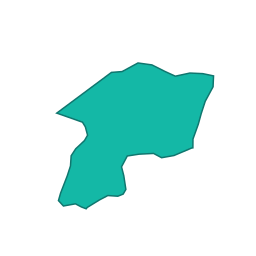 Vingåker, Södermanland, Sweden, rotated 322°
{"feature_id": "70781695B34612539381669", "entity_name": "Vingåker", "entity_type": "district", "adm_level": 2, "iso_a3": "SWE", "parent_name": "Sweden", "parent_adm1": "Södermanland", "projection": "robinson", "projection_center": [15.877, 59.087], "detail": "fine", "context": "isolated", "style": "filled", "palette": "teal", "viewbox_px": 256, "rotation_deg": 322, "n_neighbors": 0, "source": "geoboundaries", "source_scale": "gbopen_adm2", "svg_char_len": 682}
<svg xmlns="http://www.w3.org/2000/svg" viewBox="0 0 256 256"><g transform="rotate(322 128 128)"><path d="M166.9,183.6L172.4,176.7L185.7,168.3L194.6,161.7L205.3,154.5L220.4,147.9L227.5,139.6L220.4,131.2L210.6,122.8L197.2,116.3L191.9,106.1L185.7,93.0L175.9,82.9L158.1,79.9L149.2,74.0L81.0,72.4L95.7,95.4L95.1,100.8L91.7,108.8L86.0,111.1L74.0,112.2L66.1,114.9L59.3,122.5L50.7,128.3L34.8,137.8L28.5,142.4L29.1,149.7L39.9,155.4L42.7,161.6L45.3,165.9L47.0,165.5L61.2,167.1L70.5,168.8L78.0,175.5L83.5,177.1L88.5,175.1L95.3,163.0L99.0,154.6L110.2,149.6L120.7,155.5L132.5,163.8L136.2,172.1L147.3,178.0L165.9,183.0L166.9,183.6Z" fill="#14b8a6" stroke="#0f766e" stroke-width="1.5"/></g></svg>